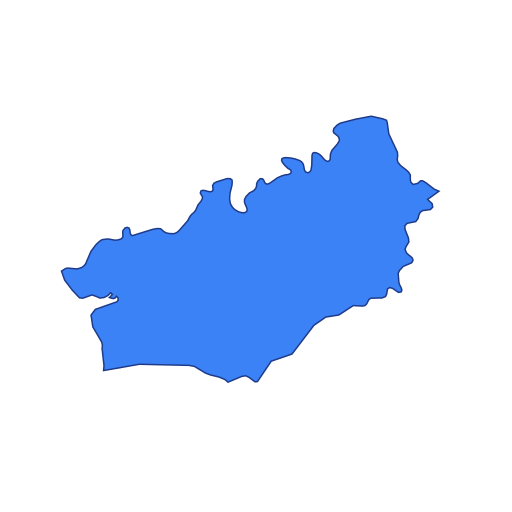 map outline of Somme (Albers equal-area conic projection), rotated 314°
{"feature_id": "FRA-5345", "entity_name": "Somme", "entity_type": "Metropolitan department", "adm_level": 1, "iso_a3": "FRA", "parent_name": "France", "parent_adm1": "", "projection": "albers", "projection_center": [2.405, 49.975], "detail": "fine", "context": "isolated", "style": "filled", "palette": "blue", "viewbox_px": 512, "rotation_deg": 314, "n_neighbors": 0, "source": "natural_earth", "source_scale": "10m", "svg_char_len": 3318}
<svg xmlns="http://www.w3.org/2000/svg" viewBox="0 0 512 512"><g transform="rotate(314 256 256)"><path d="M67.7,225.9L71.5,222.9L82.6,209.5L85.1,207.5L86.9,204.8L91.7,187.8L98.9,178.4L106.0,177.5L126.3,187.7L128.3,187.6L130.0,185.8L130.1,183.6L127.9,183.8L126.5,183.2L125.5,181.8L124.3,179.4L128.6,179.4L128.6,177.0L124.6,176.9L120.5,175.5L117.3,172.9L116.0,169.3L114.1,165.1L105.3,160.7L103.3,158.1L103.8,147.7L105.7,135.2L110.0,126.6L114.7,127.7L116.5,128.9L122.0,135.8L123.9,137.2L126.6,138.6L129.6,139.1L132.2,138.8L144.8,134.0L153.2,133.0L157.5,133.2L160.8,133.9L164.6,136.9L166.2,138.7L169.0,143.0L171.0,145.1L174.5,147.1L176.9,147.1L178.6,145.8L180.0,144.1L181.7,142.7L185.2,142.3L187.2,143.6L187.9,145.3L187.0,147.3L185.4,149.1L184.4,151.0L184.6,152.8L203.5,163.2L207.2,165.9L209.3,168.4L209.5,170.5L209.5,172.7L210.3,175.4L211.9,178.0L215.1,181.5L217.7,182.7L220.8,183.0L233.5,182.4L238.8,181.0L241.4,180.8L244.7,181.1L247.1,180.8L252.4,178.8L257.0,178.4L259.7,177.7L261.4,176.4L262.1,173.7L262.6,172.2L264.6,171.2L266.2,172.0L267.7,173.9L268.9,176.3L270.7,178.8L272.7,179.6L274.2,178.7L276.6,175.8L279.2,175.2L282.1,176.2L291.6,181.4L293.8,183.8L294.0,186.0L292.4,187.8L290.0,189.7L283.2,193.6L278.8,197.3L276.2,200.7L275.3,202.8L274.8,204.8L274.6,207.0L274.7,209.0L275.2,211.0L275.9,213.2L277.1,215.4L279.2,217.7L281.2,218.4L283.0,217.7L284.2,216.0L285.8,212.1L286.8,210.2L288.8,208.4L292.0,207.5L296.8,207.5L301.5,209.0L304.5,208.8L306.7,207.8L308.5,206.2L311.0,205.3L314.5,205.3L316.0,206.9L316.0,208.6L315.2,210.6L314.7,212.5L315.7,214.4L318.2,215.4L327.2,217.1L331.6,218.9L334.7,220.7L337.2,222.7L338.6,223.3L340.2,223.4L341.4,222.4L341.8,221.3L341.7,219.9L341.2,218.0L341.2,213.9L341.4,211.8L341.8,209.7L342.6,207.9L344.1,207.0L346.0,207.9L347.8,209.4L350.9,213.3L353.0,216.7L355.0,221.1L355.4,223.2L355.2,225.2L354.4,227.1L351.6,231.0L350.9,233.1L351.9,235.5L353.7,236.2L355.8,236.0L360.0,233.1L367.4,226.3L369.4,225.4L371.0,226.1L372.1,227.7L372.9,229.8L373.3,231.9L373.3,234.2L373.0,236.7L372.9,239.1L373.6,241.7L375.2,242.5L376.9,242.3L381.1,238.7L384.7,237.2L392.8,236.8L396.8,235.9L398.1,234.5L398.9,232.8L399.1,231.0L398.6,226.3L399.6,224.7L401.9,223.4L406.4,223.4L408.8,223.9L410.6,224.6L422.3,231.8L423.5,232.5L436.6,241.8L442.9,252.2L444.3,255.6L443.2,257.6L436.1,266.7L428.9,285.6L426.5,288.3L424.0,290.1L422.0,292.7L421.5,297.4L422.3,304.4L422.3,307.7L421.5,310.7L418.0,314.1L416.6,316.2L416.6,319.3L420.4,321.8L424.5,322.2L425.7,323.3L426.7,327.1L427.9,337.8L429.7,342.6L415.9,340.1L416.0,346.3L413.9,349.2L410.6,349.2L404.3,344.3L401.4,343.8L398.6,344.7L395.6,346.5L391.7,347.0L384.5,342.0L381.0,342.1L378.6,344.9L374.8,353.2L372.3,356.2L366.7,357.5L364.2,358.7L362.8,362.1L362.8,364.7L363.1,367.5L363.1,370.0L361.9,372.0L359.3,372.7L350.7,369.1L345.3,369.3L342.3,370.3L336.2,377.2L335.0,379.5L334.1,382.2L332.9,384.5L331.1,385.4L328.8,383.8L327.6,376.8L326.2,374.1L323.7,373.5L319.1,376.6L316.8,377.3L313.5,375.9L305.3,367.8L302.9,367.5L298.3,368.9L296.0,368.8L293.9,367.3L287.9,360.4L271.2,356.6L260.5,348.6L246.4,345.8L210.5,350.0L190.9,340.0L166.7,344.3L164.8,342.7L163.8,335.0L162.7,331.8L159.5,329.4L145.8,323.5L145.6,319.9L144.9,317.6L143.0,313.0L138.8,305.9L136.7,301.0L133.8,288.4L130.8,283.8L97.1,247.3L67.7,225.9Z" fill="#3b82f6" stroke="#1e3a8a" stroke-width="1.5"/></g></svg>